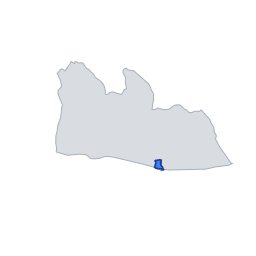 Sanquin Dist #3, Sinoe, Liberia shown in context, rotated 327°
{"feature_id": "62588387B80156561530658", "entity_name": "Sanquin Dist #3", "entity_type": "district", "adm_level": 2, "iso_a3": "LBR", "parent_name": "Liberia", "parent_adm1": "Sinoe", "projection": "natural_earth1", "projection_center": [-9.294, 5.279], "detail": "fine", "context": "in_parent", "style": "filled", "palette": "blue", "viewbox_px": 256, "rotation_deg": 327, "n_neighbors": 0, "source": "geoboundaries", "source_scale": "gbopen_adm2", "svg_char_len": 3297}
<svg xmlns="http://www.w3.org/2000/svg" viewBox="0 0 256 256"><g transform="rotate(327 128 128)"><path d="M54.7,108.9L56.6,107.0L59.3,101.1L63.2,95.4L66.9,92.0L69.7,88.5L72.8,85.8L77.2,82.7L83.8,74.5L85.4,73.6L86.5,67.9L88.1,60.6L90.1,58.4L94.6,57.1L95.7,55.8L97.3,50.7L98.3,44.8L98.4,43.5L100.2,43.3L103.2,42.1L105.0,42.6L105.8,44.3L106.2,45.8L115.5,42.1L116.3,41.3L116.8,41.5L117.9,44.8L118.6,44.6L119.2,43.6L119.8,43.5L120.5,44.0L121.2,45.5L122.4,46.9L124.4,47.9L125.7,49.3L125.5,52.8L126.0,56.3L126.9,57.1L127.4,59.2L127.6,61.4L128.1,62.6L128.4,64.9L128.2,67.4L128.6,69.1L130.1,72.1L131.0,75.9L131.0,78.5L130.5,81.3L129.5,83.9L127.8,86.7L127.6,87.8L128.6,88.5L130.2,88.7L131.5,88.1L134.8,89.4L136.5,91.2L138.0,93.5L139.4,94.6L140.0,96.1L142.3,95.7L145.0,94.3L145.6,93.6L146.4,94.0L148.1,94.1L149.3,91.6L150.3,88.8L152.4,85.7L153.4,84.5L153.7,82.5L153.8,79.9L154.6,77.7L156.3,76.5L158.2,76.5L159.2,77.0L159.7,79.1L161.2,80.8L162.5,81.9L163.2,82.4L164.2,83.6L165.3,88.0L169.3,101.9L169.1,105.8L168.3,108.3L168.3,110.8L168.0,113.2L165.5,117.2L158.3,125.4L158.9,126.1L160.6,127.0L162.4,127.5L163.8,127.3L165.6,129.3L167.6,131.9L169.6,133.2L172.6,134.4L175.2,134.5L177.4,134.1L180.5,134.6L183.9,136.7L185.0,140.2L185.8,143.3L187.0,144.8L187.2,147.5L189.5,149.8L192.9,150.2L197.3,153.0L198.4,152.8L198.8,152.5L199.4,153.0L200.5,160.9L201.3,165.0L200.9,166.7L200.3,168.0L200.3,174.4L198.3,178.0L198.0,182.0L197.4,183.3L195.3,184.5L195.3,187.6L194.7,191.3L194.5,195.2L195.1,205.5L195.2,213.2L196.2,214.7L192.1,214.0L180.0,208.2L170.7,204.8L139.5,185.6L130.8,177.8L120.8,166.3L98.6,143.2L93.5,139.5L87.1,137.7L83.2,135.7L80.4,133.6L78.1,127.2L72.6,123.3L62.4,117.9L54.7,108.9Z" fill="#d9dde1" stroke="#a8b0b8" stroke-width="1"/><path d="M138.4,173.0L138.3,172.9L138.0,172.7L137.7,172.3L137.5,172.1L137.3,171.9L137.2,171.8L136.9,171.7L136.6,171.8L136.2,171.5L135.9,171.3L135.6,171.1L135.2,171.0L135.2,170.9L134.5,170.8L134.3,170.7L134.2,170.6L133.8,170.4L133.6,170.3L133.5,170.1L133.4,170.1L133.1,170.1L132.8,170.2L132.7,170.3L132.7,170.5L132.6,170.8L132.7,171.1L132.8,171.4L132.8,171.8L132.6,172.3L132.4,172.5L132.0,172.9L131.9,173.0L131.7,173.0L131.4,173.1L131.2,173.3L130.9,173.4L130.8,173.6L130.5,174.3L130.3,174.3L130.2,174.4L130.0,174.5L129.9,174.6L129.7,174.7L129.5,174.8L129.4,174.9L129.1,175.0L128.9,175.3L129.0,175.7L129.1,175.9L129.2,176.2L129.4,176.4L129.3,176.5L129.4,176.9L129.5,176.9L129.6,177.0L129.8,177.2L130.1,177.5L130.4,177.7L130.6,177.8L130.8,177.9L130.8,178.0L130.9,178.3L130.7,178.3L130.9,178.5L131.1,178.6L131.3,178.9L131.7,179.1L131.8,179.2L131.9,179.4L132.4,179.7L132.8,179.8L133.6,180.3L133.9,180.7L134.1,181.2L133.8,181.5L133.5,181.6L134.3,182.0L135.1,182.5L135.3,182.4L135.4,182.1L135.3,181.9L135.2,181.7L135.0,181.4L134.9,181.2L134.9,180.9L134.7,180.8L135.0,180.6L135.4,180.3L135.5,180.2L135.7,179.5L135.7,179.1L135.6,178.6L135.5,178.3L135.5,177.8L135.4,177.7L135.4,177.3L135.2,177.1L135.3,176.9L135.5,176.8L135.5,176.6L135.7,176.4L135.8,176.3L135.9,176.1L136.1,176.2L136.3,176.1L136.3,175.9L136.2,175.6L136.2,175.3L136.2,175.1L136.3,175.0L136.4,174.9L136.5,174.5L136.8,174.6L136.9,174.8L137.0,174.8L137.1,174.6L137.3,174.7L137.5,174.6L137.6,174.3L137.7,174.0L137.8,173.7L138.1,173.4L138.3,173.1L138.4,173.0Z" fill="#3b82f6" stroke="#1e3a8a" stroke-width="1.5"/></g></svg>